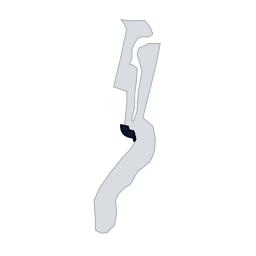 location of Jarra East, Lower River, Gambia, rotated 103°
{"feature_id": "56634734B99377934241318", "entity_name": "Jarra East", "entity_type": "district", "adm_level": 2, "iso_a3": "GMB", "parent_name": "Gambia", "parent_adm1": "Lower River", "projection": "robinson", "projection_center": [-15.258, 13.452], "detail": "fine", "context": "in_parent", "style": "filled", "palette": "ink", "viewbox_px": 256, "rotation_deg": 103, "n_neighbors": 0, "source": "geoboundaries", "source_scale": "gbopen_adm2", "svg_char_len": 3017}
<svg xmlns="http://www.w3.org/2000/svg" viewBox="0 0 256 256"><g transform="rotate(103 128 128)"><path d="M38.5,115.7L56.9,114.9L79.1,115.2L103.3,115.6L114.7,115.8L120.7,104.1L132.1,99.0L143.7,97.1L149.8,97.6L156.2,99.3L168.5,108.9L176.2,111.1L182.6,113.3L187.2,118.0L194.6,122.6L200.4,123.8L203.8,123.1L209.5,121.3L213.3,119.9L225.6,119.3L234.6,124.7L236.5,130.5L235.0,136.5L222.9,139.7L206.1,144.7L192.2,142.0L175.3,135.1L165.4,130.2L161.3,128.3L155.2,125.2L149.8,121.8L144.6,119.6L140.6,118.2L137.7,120.0L136.2,124.1L133.9,128.7L130.9,131.5L116.7,133.1L104.0,134.8L97.2,136.2L92.6,137.3L91.2,151.3L76.8,151.1L62.7,150.9L48.0,151.2L32.2,151.5L28.2,154.3L23.9,158.9L23.5,151.9L19.5,136.0L24.9,129.1L30.8,125.0L34.7,128.2L35.9,134.7L38.9,139.1L49.3,141.9L59.6,139.9L65.8,140.8L65.6,137.2L67.8,132.5L80.2,130.4L93.4,129.1L106.9,126.2L117.5,126.3L120.6,125.5L119.9,124.3L110.4,122.9L90.1,126.2L69.4,127.2L53.8,135.8L47.3,135.0L40.9,126.4L38.5,115.7Z" fill="#d9dde1" stroke="#a8b0b8" stroke-width="1"/><path d="M126.6,135.6L127.2,135.5L127.3,135.5L127.6,135.4L127.8,135.4L128.1,135.3L128.3,135.2L128.6,135.2L129.0,135.0L129.3,134.9L129.6,134.8L129.7,134.7L130.0,134.6L130.9,134.2L131.0,134.2L131.3,134.1L131.7,133.8L131.7,133.7L131.8,133.7L132.1,133.5L132.4,133.4L132.7,133.1L132.9,132.9L133.6,132.4L133.8,132.0L134.0,131.9L134.1,131.7L134.5,131.1L134.9,130.8L135.0,130.7L135.4,129.9L135.7,129.3L135.8,129.0L135.8,128.9L135.9,128.2L136.1,127.9L136.3,127.2L136.3,126.9L136.4,126.6L136.4,125.9L136.4,125.4L136.5,125.4L136.5,125.2L136.5,124.8L136.5,124.2L136.5,123.9L136.5,123.5L136.5,122.5L136.5,122.4L136.5,122.2L136.4,121.7L136.3,120.7L136.7,120.5L138.0,119.9L139.3,119.3L139.4,119.1L139.2,118.6L138.9,118.7L138.7,118.6L138.6,118.4L138.4,118.3L138.1,118.4L137.9,118.2L137.7,118.3L137.6,118.2L137.4,118.1L137.2,118.1L136.9,118.1L136.7,118.1L136.3,118.5L136.5,118.8L136.8,118.8L136.8,119.0L136.8,119.3L136.7,119.3L136.4,119.4L136.3,119.6L136.2,119.7L136.2,119.9L136.0,120.0L135.9,119.9L135.7,119.9L135.7,120.0L135.6,119.9L135.7,119.7L135.6,119.2L135.4,119.1L135.2,119.3L134.8,119.1L134.5,119.0L134.4,119.0L134.3,119.3L134.3,119.5L134.2,119.6L133.8,119.9L133.8,120.1L134.0,120.3L134.0,120.5L133.9,120.6L133.8,120.8L133.7,120.9L133.4,120.9L133.0,121.2L133.1,121.4L133.1,121.5L132.9,121.5L132.8,121.4L132.6,121.3L132.6,121.2L132.8,121.1L133.0,120.9L133.0,120.6L132.5,120.2L132.4,120.2L132.3,120.3L132.1,120.3L132.0,120.5L131.8,120.9L131.8,121.1L131.7,121.1L131.3,121.0L131.2,121.2L131.1,121.3L130.7,121.4L130.4,121.4L130.3,121.6L130.1,121.8L130.2,122.0L129.9,122.3L129.9,122.5L129.7,122.5L129.8,122.8L129.8,123.0L129.9,123.3L129.9,123.5L129.9,123.9L129.9,124.2L129.9,124.3L129.8,124.7L129.8,124.8L129.8,125.0L129.7,125.3L129.7,125.8L129.6,126.0L129.6,126.3L129.4,126.5L129.1,126.9L129.0,127.0L128.8,127.1L128.6,127.3L128.4,127.4L128.1,127.6L127.9,127.6L127.6,127.8L127.3,127.9L127.1,128.0L126.9,128.1L126.5,128.2L126.5,129.7L126.5,132.0L126.5,135.6L126.6,135.6Z" fill="#0f172a" stroke="#020617" stroke-width="1.5"/></g></svg>